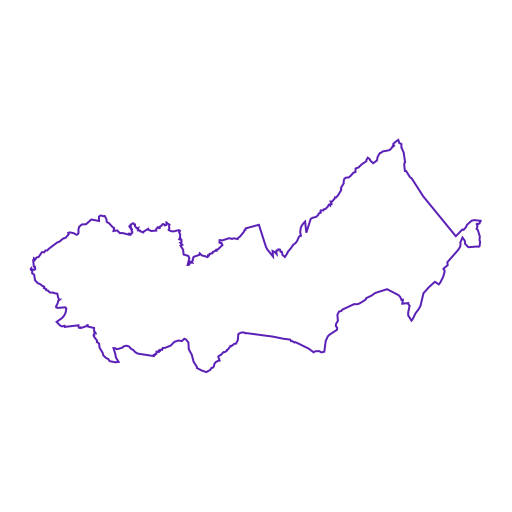 Ajalpan, Puebla, Mexico
{"feature_id": "50627088B30367983369088", "entity_name": "Ajalpan", "entity_type": "district", "adm_level": 2, "iso_a3": "MEX", "parent_name": "Mexico", "parent_adm1": "Puebla", "projection": "albers", "projection_center": [-97.164, 18.435], "detail": "fine", "context": "isolated", "style": "outline", "palette": "violet", "viewbox_px": 512, "rotation_deg": 0, "n_neighbors": 0, "source": "geoboundaries", "source_scale": "gbopen_adm2", "svg_char_len": 6029}
<svg xmlns="http://www.w3.org/2000/svg" viewBox="0 0 512 512"><path d="M401.4,144.0L399.4,143.1L398.3,139.9L396.5,141.1L393.4,143.7L393.3,144.6L394.1,145.6L393.3,146.5L392.7,146.2L391.4,148.4L389.3,150.2L382.5,151.5L381.4,152.6L379.8,153.1L377.7,156.7L376.9,160.5L373.2,163.2L370.4,160.7L369.8,159.2L367.8,157.7L366.4,160.1L366.4,161.2L361.6,164.4L358.6,167.4L355.6,168.5L355.4,172.1L353.4,172.7L350.5,176.0L348.7,177.4L345.8,177.7L344.4,178.7L343.7,181.0L343.7,183.3L340.9,188.0L341.3,189.8L338.1,195.2L336.1,197.5L335.0,197.3L334.7,198.5L332.1,201.5L330.6,201.5L331.6,204.0L330.5,204.4L330.3,205.5L329.2,204.4L328.9,204.6L327.5,207.0L325.5,208.9L323.7,209.4L323.4,210.4L320.8,210.4L320.4,211.1L320.8,212.6L318.7,213.5L318.4,214.7L316.3,216.8L312.3,217.9L310.7,218.9L306.3,232.7L305.1,221.6L303.3,223.5L301.5,226.0L300.7,228.2L300.2,232.0L300.9,235.8L299.9,235.9L298.9,236.9L297.0,241.2L295.5,243.1L293.2,244.8L291.0,248.1L287.5,252.2L287.6,252.8L284.9,257.0L282.5,254.9L281.8,251.8L280.6,251.8L280.0,249.6L279.0,249.4L278.2,249.4L277.8,250.5L276.5,250.5L276.1,251.4L276.6,254.0L274.7,252.1L272.6,251.0L273.0,256.5L267.2,249.3L265.9,246.7L258.9,224.8L245.6,228.4L245.4,230.0L244.5,230.2L243.9,231.8L239.8,236.8L238.4,237.6L237.6,239.1L234.0,238.3L232.1,238.9L229.0,238.2L222.4,240.4L219.6,240.1L219.4,242.5L220.5,243.2L221.4,242.9L222.5,245.0L217.9,249.4L216.3,249.7L216.6,250.7L214.7,251.0L213.0,252.1L212.1,251.6L212.4,251.9L212.4,253.3L209.6,253.8L209.2,255.4L208.1,255.2L207.8,256.9L207.3,257.2L205.4,256.3L202.0,255.5L199.7,253.4L199.3,254.9L193.7,256.8L192.8,258.8L192.8,260.6L191.8,261.9L192.3,262.7L191.4,262.6L190.8,261.6L190.2,261.6L189.9,263.4L188.7,265.0L187.6,265.0L189.3,258.2L188.3,255.9L183.6,254.5L183.1,249.7L180.5,245.6L182.3,244.8L180.4,242.8L181.4,242.6L181.5,240.0L179.2,239.3L179.7,238.2L180.4,238.1L179.9,237.0L180.3,234.7L179.2,232.5L180.0,230.8L178.8,230.1L178.1,230.6L176.8,230.5L174.3,231.3L171.7,231.3L169.1,230.3L168.6,229.8L169.4,228.2L169.0,226.3L169.5,224.6L167.4,223.5L166.7,222.5L166.4,222.4L166.3,225.0L164.8,225.4L163.6,224.1L162.4,224.3L161.8,225.3L159.4,227.1L159.8,227.9L159.2,228.2L157.9,227.2L156.1,229.2L156.3,230.6L151.3,231.0L148.6,229.9L148.2,228.8L143.5,231.7L143.1,233.2L142.9,232.2L140.2,231.3L139.9,230.4L137.9,230.4L137.7,229.7L138.3,227.9L137.3,228.3L136.5,228.0L135.0,226.1L135.0,224.5L134.0,224.3L133.5,223.3L132.9,223.3L130.6,224.7L130.8,225.6L129.4,226.2L129.7,227.2L131.0,227.5L130.8,228.8L132.0,229.3L131.6,230.9L132.2,231.5L132.3,232.8L131.5,233.7L129.4,233.7L130.0,234.8L129.6,234.8L122.4,233.0L120.0,233.2L117.1,230.4L113.5,231.0L114.2,228.0L112.8,227.3L109.1,223.3L106.8,222.0L106.3,218.9L104.7,216.0L102.8,216.2L102.1,215.7L100.5,215.5L99.0,216.6L99.0,221.0L91.3,219.5L86.1,224.2L81.7,224.5L79.2,226.8L78.4,229.5L78.6,232.7L77.6,234.4L76.6,234.8L73.7,233.2L70.9,232.6L69.6,232.4L68.2,232.9L68.7,234.3L65.6,237.8L63.1,238.6L59.2,241.8L57.3,242.4L48.5,249.0L47.4,250.4L45.4,250.5L44.2,252.3L42.0,252.1L38.6,257.0L36.6,257.5L35.0,259.7L34.7,258.7L34.0,258.3L34.1,260.0L33.2,260.1L33.8,266.5L34.9,266.7L35.2,269.2L34.6,269.7L32.6,269.6L31.5,269.3L31.3,268.3L30.7,269.0L31.0,269.9L32.3,271.0L32.1,273.2L34.1,274.7L35.1,280.4L37.8,283.2L39.9,284.0L43.0,286.3L44.0,286.5L44.3,286.9L43.9,288.1L46.2,289.1L46.2,290.1L48.3,290.8L49.4,292.2L50.7,292.6L53.0,292.5L53.6,293.0L57.3,293.7L58.2,297.7L59.1,299.7L59.6,299.7L58.2,300.9L57.7,303.2L56.0,306.6L56.3,307.4L57.8,307.9L65.3,307.3L66.3,308.5L65.7,312.3L64.2,315.5L62.2,317.9L56.6,321.9L60.1,325.5L62.0,326.4L64.6,325.8L64.8,326.9L78.5,325.3L78.4,326.3L79.2,327.9L80.6,327.4L81.0,328.0L86.3,326.2L87.0,325.2L87.7,325.1L88.1,326.6L94.1,328.0L94.1,331.5L95.2,332.3L95.7,333.4L94.3,333.5L93.6,335.1L94.2,335.6L93.9,336.5L97.0,340.6L96.9,342.2L98.2,342.7L99.1,343.7L99.5,347.5L102.7,352.9L103.2,355.3L106.0,357.9L108.2,359.0L109.4,360.8L110.2,361.3L115.6,362.3L118.6,361.9L115.9,357.5L115.4,354.3L113.5,348.1L115.1,348.2L116.6,349.1L118.8,348.8L122.6,347.5L123.6,346.4L126.5,345.7L129.2,346.6L131.1,348.9L133.2,349.9L135.3,352.2L137.8,353.6L153.8,356.1L153.8,355.0L154.9,355.0L155.2,354.0L156.3,353.9L156.5,351.7L158.7,352.0L158.7,350.9L159.8,351.0L159.7,350.0L160.7,350.1L161.5,349.4L162.2,349.7L162.8,348.0L164.9,347.9L170.7,345.6L174.4,341.8L178.7,340.5L181.8,341.1L184.3,338.8L186.0,339.5L188.4,342.4L188.8,349.3L191.8,354.8L193.6,361.8L196.7,366.5L196.9,368.0L201.7,370.5L206.3,372.1L210.2,369.9L211.5,367.9L212.4,367.9L213.8,366.6L214.4,363.9L215.7,362.2L217.7,361.0L219.6,360.6L218.3,356.9L218.7,356.0L220.9,354.9L223.5,352.1L224.5,352.2L226.8,350.8L227.0,349.9L228.2,349.3L229.3,347.5L230.7,346.4L230.6,345.9L231.8,345.8L234.3,343.8L236.1,343.6L237.8,340.2L238.3,334.2L240.4,332.8L242.8,332.4L244.4,332.6L245.7,333.4L246.4,333.1L272.8,336.6L283.7,338.8L290.2,339.6L291.0,341.1L292.3,341.1L294.4,342.5L295.3,342.2L298.1,343.4L308.8,348.7L313.6,352.3L315.2,351.3L319.2,351.1L321.4,352.4L324.3,351.7L325.7,341.0L327.7,336.6L329.2,334.9L337.0,329.8L337.2,327.9L335.8,325.9L336.1,323.8L337.9,320.8L337.4,314.7L339.0,311.6L341.4,310.9L342.4,309.6L353.9,304.2L357.2,304.2L359.5,303.5L365.6,299.7L366.1,298.2L371.5,295.6L375.4,292.9L387.1,289.2L398.5,295.1L400.3,297.1L401.5,300.0L402.9,299.7L402.3,303.7L408.3,303.1L408.4,304.4L409.6,305.7L408.2,312.4L408.2,315.5L411.5,320.6L412.9,318.7L415.5,313.3L418.6,309.3L420.5,305.8L423.5,293.2L429.2,286.9L434.9,281.8L438.8,284.4L440.3,282.5L443.1,277.0L444.6,271.8L444.6,270.7L443.4,269.1L443.7,268.5L447.7,265.1L447.3,262.3L458.1,250.0L460.0,247.0L460.6,244.4L460.3,242.6L462.5,237.5L464.8,240.8L465.1,243.8L468.3,247.2L477.3,246.5L478.7,246.8L479.6,246.0L480.1,241.9L479.5,240.0L479.8,236.4L477.8,230.0L476.6,228.9L477.5,226.3L476.7,224.1L477.1,223.7L478.2,224.0L479.6,223.4L480.0,221.7L481.3,220.4L480.2,220.8L474.7,220.1L471.6,220.7L467.0,224.8L465.9,227.2L463.6,229.9L462.4,229.5L455.8,236.2L423.1,196.2L411.7,178.4L410.0,177.2L406.2,171.1L404.9,171.0L404.2,165.0L404.4,163.2L405.1,162.3L403.7,152.7L401.4,147.4L401.4,144.0Z" fill="none" stroke="#5b21b6" stroke-width="2"/></svg>